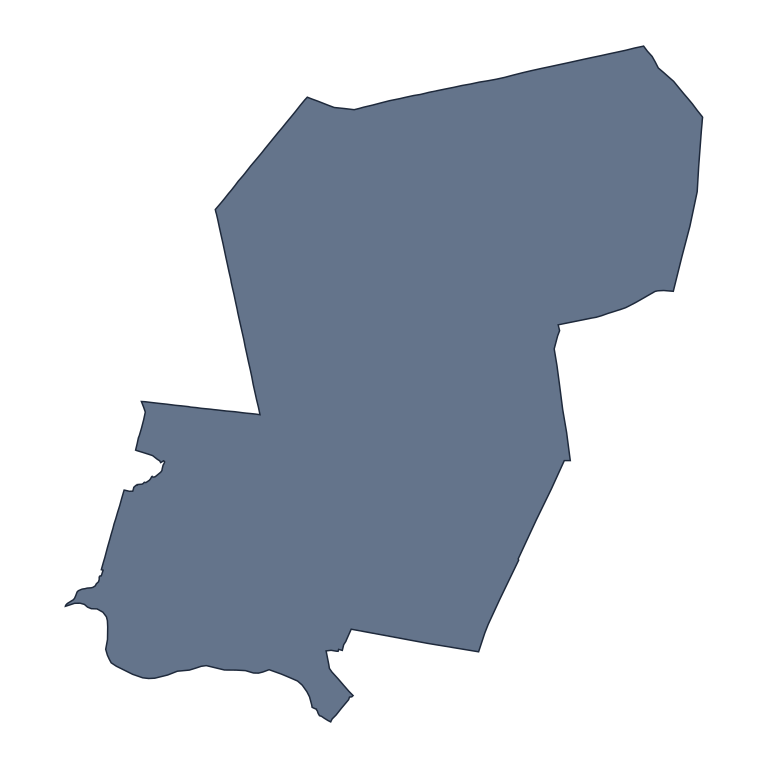 Nadlac, Arad, Romania (Equal Earth projection)
{"feature_id": "2599482B59122351602486", "entity_name": "Nadlac", "entity_type": "district", "adm_level": 2, "iso_a3": "ROU", "parent_name": "Romania", "parent_adm1": "Arad", "projection": "equal_earth", "projection_center": [20.774, 46.211], "detail": "fine", "context": "isolated", "style": "filled", "palette": "slate", "viewbox_px": 768, "rotation_deg": 0, "n_neighbors": 0, "source": "geoboundaries", "source_scale": "gbopen_adm2", "svg_char_len": 4231}
<svg xmlns="http://www.w3.org/2000/svg" viewBox="0 0 768 768"><path d="M312.1,707.3L314.6,708.5L316.3,709.1L316.2,709.4L317.3,710.9L318.0,713.0L318.3,713.7L319.5,715.7L321.5,716.3L324.2,718.2L328.1,720.6L330.7,721.9L331.4,720.4L332.2,718.9L334.8,716.3L336.1,715.0L341.3,708.4L348.6,699.7L349.5,697.1L351.8,696.8L353.1,695.6L348.8,691.2L343.4,685.0L338.1,678.8L331.9,672.0L329.4,668.4L328.8,664.6L326.1,650.9L331.1,650.3L336.4,651.2L338.1,651.3L338.6,649.4L342.3,650.4L343.7,644.7L345.9,641.3L346.4,640.0L351.2,629.2L427.8,643.4L478.6,651.8L484.8,633.0L488.2,624.4L499.8,599.3L518.7,560.1L518.2,558.9L536.4,519.7L545.9,500.2L551.4,488.9L564.3,460.6L570.3,460.6L570.2,460.0L566.6,432.4L562.7,409.6L559.5,384.6L557.0,365.8L554.2,348.9L557.6,336.0L559.6,330.7L558.2,324.8L591.4,318.1L596.1,317.3L601.6,315.7L608.0,313.4L611.6,312.3L621.6,309.1L625.6,307.7L628.8,306.1L636.6,302.0L646.9,296.1L655.1,291.4L657.8,290.8L663.7,290.5L673.3,291.3L681.9,256.7L689.0,229.7L689.9,226.3L697.2,191.7L698.7,166.3L701.4,130.4L702.0,123.9L702.3,119.8L702.6,117.3L702.2,116.6L697.4,110.6L692.4,103.9L687.9,98.5L683.6,93.5L678.5,87.3L673.6,81.3L668.1,76.5L663.5,72.4L658.3,68.0L655.2,61.9L652.1,56.4L647.4,51.2L643.6,46.1L643.3,46.2L634.7,48.0L626.0,50.2L617.7,52.0L609.2,53.8L601.1,55.6L592.5,57.4L584.1,59.2L575.5,61.1L567.4,62.9L558.5,64.8L550.2,66.6L541.6,68.4L531.2,70.7L522.7,72.7L513.2,75.1L504.6,77.4L496.4,79.2L487.7,80.8L479.4,82.1L470.7,84.0L462.0,85.5L453.9,87.3L445.3,89.0L437.0,90.7L428.7,92.4L425.6,93.2L420.2,94.5L413.8,95.5L405.1,97.4L400.0,98.6L389.5,100.7L381.3,102.8L372.6,105.1L363.6,107.2L359.0,108.5L354.2,109.7L344.1,108.5L334.2,107.5L328.1,105.2L322.0,102.8L317.7,101.1L311.9,99.0L307.3,97.2L304.7,100.0L300.0,105.7L295.7,111.2L291.3,116.6L286.4,122.5L282.3,127.6L277.9,132.8L273.5,138.2L269.6,143.0L265.1,148.5L262.4,152.0L256.5,159.1L250.8,165.8L246.6,171.2L243.1,175.6L238.3,181.1L234.8,185.8L231.1,190.5L228.6,193.4L224.2,199.0L219.7,204.4L215.3,209.5L215.8,211.9L216.4,213.8L217.7,219.4L219.3,227.0L220.9,234.3L222.8,242.7L224.2,249.3L225.8,257.0L227.4,264.3L229.0,271.8L230.8,279.5L231.2,282.3L232.5,288.1L234.0,294.5L235.5,301.7L237.2,309.5L237.7,312.3L238.7,316.9L240.4,324.5L240.9,326.7L242.1,332.0L243.8,339.5L245.2,346.8L246.9,354.5L248.5,362.0L250.2,369.4L251.8,376.9L253.2,384.5L254.9,392.1L256.4,398.9L256.5,399.4L258.4,407.1L260.0,414.7L255.8,414.1L251.2,413.6L246.7,413.2L243.1,412.8L234.7,411.7L226.2,411.0L217.7,410.0L213.8,409.6L211.5,409.3L208.7,409.0L206.4,408.8L201.1,408.3L196.2,407.6L190.7,407.1L188.3,406.6L187.3,406.5L181.8,405.9L175.4,405.3L166.9,404.2L158.4,403.3L149.8,402.3L144.9,401.7L141.4,401.5L143.7,407.4L145.3,412.1L143.7,419.6L141.5,428.1L139.3,435.6L138.4,437.8L137.2,443.5L135.6,450.1L136.8,450.6L142.4,452.3L148.7,454.3L152.6,455.6L157.3,459.3L159.7,460.8L160.7,462.6L163.6,460.8L164.5,461.5L164.6,462.1L163.9,463.8L163.1,465.1L162.6,467.1L162.2,468.8L161.9,470.6L160.7,472.2L156.7,475.5L155.2,476.7L153.8,477.1L152.4,476.9L152.1,476.4L151.6,476.8L151.2,477.6L150.2,479.3L149.2,480.4L145.9,482.6L144.3,482.3L143.1,483.6L141.9,484.2L139.0,484.4L137.1,484.6L137.1,485.2L135.9,485.4L133.8,487.3L133.3,489.4L132.7,491.2L131.5,491.2L129.4,491.3L124.9,490.2L124.1,490.1L121.6,498.7L119.7,505.7L117.6,512.3L115.7,518.9L114.0,524.1L112.9,528.5L111.0,534.9L110.1,538.3L107.4,547.7L106.8,550.0L104.8,557.6L103.5,561.9L101.3,569.7L103.1,570.2L101.3,575.8L99.9,576.0L99.7,576.5L99.2,577.0L99.2,579.5L98.5,581.8L96.3,583.8L96.2,584.1L95.2,585.9L93.0,587.3L91.2,587.8L87.2,588.1L84.9,588.7L82.7,589.0L81.6,589.3L78.6,590.6L77.8,591.2L77.1,592.0L75.7,595.7L74.6,598.2L73.4,599.7L67.9,603.1L66.9,603.9L66.1,604.8L65.8,605.2L65.6,605.5L65.4,606.3L69.2,605.1L74.6,603.3L80.1,603.2L84.4,604.4L87.5,607.1L91.3,608.7L97.0,608.9L102.9,612.2L106.4,616.8L107.4,620.7L107.7,627.0L107.5,639.5L105.7,649.3L107.4,655.2L109.3,659.3L111.2,662.8L116.3,666.2L132.6,674.3L142.7,677.8L148.7,678.5L154.8,678.2L167.7,675.0L177.4,671.2L189.3,670.1L195.8,668.1L201.2,666.3L206.3,665.6L224.5,670.0L236.1,670.1L245.4,670.6L253.5,673.0L258.5,673.1L262.9,672.0L269.1,669.7L281.4,674.1L289.5,677.5L297.5,681.0L302.2,685.1L306.9,691.7L309.5,696.8L311.7,704.9L312.1,707.3Z" fill="#64748b" stroke="#1e293b" stroke-width="1.5"/></svg>